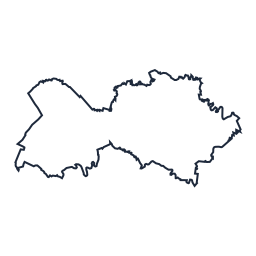 outline of Chinampa de Gorostiza, Veracruz, Mexico
{"feature_id": "50627088B51202553457733", "entity_name": "Chinampa de Gorostiza", "entity_type": "district", "adm_level": 2, "iso_a3": "MEX", "parent_name": "Mexico", "parent_adm1": "Veracruz", "projection": "robinson", "projection_center": [-97.667, 21.376], "detail": "fine", "context": "isolated", "style": "outline", "palette": "slate", "viewbox_px": 256, "rotation_deg": 0, "n_neighbors": 0, "source": "geoboundaries", "source_scale": "gbopen_adm2", "svg_char_len": 5796}
<svg xmlns="http://www.w3.org/2000/svg" viewBox="0 0 256 256"><path d="M212.9,156.5L211.7,156.2L212.1,157.1L211.3,155.8L211.3,154.8L213.2,152.1L213.3,149.0L213.8,147.7L214.4,147.1L215.6,146.8L218.9,146.7L221.2,147.2L222.2,146.9L229.6,140.4L228.9,140.1L229.4,139.6L229.7,139.3L230.5,139.6L231.3,138.8L229.6,138.1L229.7,137.8L231.6,138.3L232.2,135.1L233.8,135.5L233.3,132.5L236.4,133.8L237.9,132.2L236.2,131.5L236.2,129.8L240.1,131.7L239.6,130.8L240.6,129.4L236.8,120.9L239.2,118.2L237.0,116.2L234.6,115.0L234.0,114.5L233.6,113.0L233.1,112.6L232.1,112.8L231.7,114.4L230.6,116.2L227.7,117.0L223.8,119.3L222.8,118.6L222.3,116.7L222.5,108.2L222.1,107.3L221.0,106.8L220.3,107.0L218.7,109.4L217.9,109.4L217.7,109.8L218.0,111.4L217.0,112.1L215.9,111.9L215.8,111.3L216.7,109.9L216.5,108.1L215.3,107.3L212.8,110.1L211.5,110.3L210.8,109.7L210.3,107.5L213.0,105.1L213.3,104.3L212.9,103.1L211.8,103.8L210.6,103.9L209.6,104.7L209.4,105.5L208.7,105.4L208.2,103.9L208.6,102.8L208.5,101.0L208.9,100.3L208.5,99.7L208.0,100.0L207.4,99.1L206.8,99.4L206.7,100.5L206.2,100.5L206.2,100.0L205.8,99.9L204.0,100.0L204.2,101.1L203.9,101.7L201.9,100.8L202.1,99.4L200.2,99.5L199.6,98.9L198.8,94.6L201.0,94.7L200.3,91.9L200.9,91.5L200.8,90.7L199.7,88.8L199.9,86.9L201.0,83.7L201.9,83.2L200.8,82.4L199.5,79.6L200.5,78.5L199.6,78.4L197.5,79.5L197.0,79.3L197.5,78.5L197.2,77.8L196.0,77.5L195.4,79.7L193.7,79.9L193.3,79.7L194.1,78.8L192.9,78.2L192.3,77.0L192.6,76.6L191.3,75.2L191.2,76.2L190.4,77.3L190.2,79.2L189.3,79.4L188.9,79.2L188.3,76.2L187.8,75.5L187.1,75.7L185.6,74.9L185.1,75.4L184.7,77.0L183.2,78.7L182.7,78.5L182.2,77.5L181.4,77.7L180.8,77.5L180.8,76.8L179.3,76.7L178.4,78.9L176.2,80.0L174.7,80.0L170.9,77.6L170.6,76.3L166.1,73.2L163.3,72.9L160.4,73.9L160.0,72.5L158.5,73.1L157.5,71.7L154.8,70.1L150.7,71.7L149.1,72.9L149.8,74.8L150.3,75.2L150.6,76.8L151.8,78.6L154.5,79.6L153.8,80.9L152.6,81.4L152.0,80.1L151.4,79.9L150.4,82.0L150.8,83.9L150.0,84.8L149.0,85.1L147.2,84.7L146.5,85.9L144.3,84.6L143.0,84.5L142.3,83.9L141.4,84.3L140.2,84.3L140.8,83.0L140.2,82.7L140.3,81.7L140.0,81.5L139.5,81.5L138.5,82.5L138.0,84.1L137.3,84.4L137.3,85.2L136.9,85.3L136.3,84.1L135.9,84.3L135.8,84.9L134.0,85.3L133.0,84.6L132.3,85.1L131.7,84.1L130.7,84.0L130.7,83.6L131.3,83.0L131.9,82.9L132.0,82.4L131.9,81.3L130.8,81.6L131.1,80.4L129.7,81.1L127.3,81.2L125.9,84.5L124.3,83.2L124.2,83.8L123.4,84.0L122.5,83.4L120.8,85.5L117.9,86.0L117.5,87.5L117.0,87.7L117.1,86.9L116.1,86.5L114.6,87.6L114.5,89.3L113.9,89.9L114.3,90.5L115.5,89.8L116.1,90.8L116.8,91.3L116.6,93.4L117.1,93.7L117.3,94.7L116.5,96.1L114.9,96.8L115.0,97.9L115.5,98.4L115.4,100.2L114.5,99.2L113.8,99.4L112.9,101.5L112.9,101.9L112.2,101.9L111.7,102.7L110.8,105.9L110.9,107.8L110.4,107.5L110.1,108.6L110.9,108.8L110.6,109.3L111.3,109.5L111.2,110.1L110.3,109.8L110.0,110.2L110.3,110.9L109.6,110.9L109.6,110.5L108.7,109.7L103.4,108.1L102.6,110.8L99.7,109.9L99.5,110.9L98.0,109.9L97.1,110.9L96.8,110.6L96.8,109.9L94.6,110.3L94.3,109.0L93.9,108.8L92.4,109.6L80.5,95.9L79.7,97.1L69.9,87.0L69.0,87.0L66.0,84.4L65.2,83.9L62.6,84.1L62.2,82.9L62.8,81.2L62.6,80.7L60.1,81.1L59.6,79.8L58.5,80.1L57.1,79.7L56.4,78.9L53.7,78.5L52.2,79.0L51.7,80.4L51.2,80.5L50.8,80.0L49.1,79.5L48.7,80.2L47.7,80.3L47.6,80.6L47.0,80.6L46.4,79.8L45.9,79.9L44.8,81.9L44.8,81.1L43.4,80.9L43.8,81.7L43.3,82.5L42.9,82.0L41.5,81.8L40.9,81.3L39.5,82.1L38.3,84.7L36.4,85.4L36.0,86.2L33.0,88.2L32.8,88.8L30.3,91.5L28.2,93.3L34.9,104.0L37.8,107.9L42.0,115.3L38.3,119.4L32.2,124.7L29.0,129.3L25.8,132.7L25.2,134.5L25.5,135.1L22.4,139.9L17.6,144.0L22.8,146.4L24.4,147.4L24.4,147.9L23.8,149.8L20.7,149.4L15.4,162.4L15.8,162.8L15.6,165.1L15.9,166.4L16.5,166.9L17.5,169.4L18.5,170.6L18.8,169.7L18.0,168.9L17.8,168.0L23.0,166.5L23.6,164.0L24.6,161.9L33.8,166.3L35.2,165.5L37.2,165.4L37.8,165.8L41.3,168.9L41.2,169.8L43.4,171.1L44.2,172.0L44.3,172.9L46.0,174.1L47.9,176.9L48.7,177.1L50.0,175.4L51.5,176.4L52.8,175.6L55.9,176.1L57.1,175.2L57.8,176.3L59.9,176.9L62.0,178.2L63.4,175.4L63.5,174.1L62.0,171.8L62.5,170.8L64.0,170.1L66.5,168.0L71.2,167.0L71.9,166.9L74.0,168.2L75.9,168.4L76.8,167.5L76.1,165.5L75.3,164.8L76.1,164.2L78.6,164.4L80.7,165.8L81.5,167.1L83.7,173.1L83.8,174.5L85.5,176.1L86.0,176.1L87.1,175.4L87.3,174.8L87.0,171.9L86.3,169.7L86.3,167.9L86.8,167.5L87.8,167.6L89.8,168.6L91.3,168.1L92.2,165.3L91.7,163.4L92.4,162.1L93.1,161.9L94.2,163.0L94.0,165.0L94.2,165.8L95.3,166.5L96.5,166.1L96.9,163.8L98.5,159.6L98.7,156.1L98.3,155.5L98.4,154.8L98.0,154.6L97.9,152.0L97.4,149.7L101.7,148.0L102.4,148.7L103.7,147.1L110.3,144.1L110.1,142.2L111.8,144.1L112.3,145.7L115.0,148.3L117.7,148.8L119.8,147.6L120.3,148.1L120.3,149.0L121.7,149.4L122.9,150.4L123.5,150.3L123.0,149.7L123.1,149.4L124.2,149.4L125.0,150.2L124.7,151.4L125.0,151.8L126.2,151.6L127.5,152.0L128.2,151.3L129.1,151.3L128.8,152.2L129.1,152.8L130.4,152.9L131.0,152.6L131.5,152.9L131.2,154.3L133.5,155.3L134.4,157.2L135.0,157.3L135.0,156.4L135.8,156.6L136.6,159.8L137.1,159.4L136.9,158.6L137.2,158.4L137.9,158.5L140.1,163.1L141.6,165.0L141.8,165.6L140.7,168.4L141.6,168.5L144.8,166.6L144.9,164.7L145.3,164.3L146.1,163.9L147.9,164.5L148.8,164.3L151.5,161.5L152.8,161.1L156.0,163.3L159.2,164.1L161.4,165.8L163.2,165.9L165.2,167.7L168.5,169.7L171.9,169.6L172.4,170.1L172.4,170.9L170.5,173.5L170.5,174.7L171.2,174.9L173.0,173.6L174.7,173.7L175.6,175.0L175.7,178.2L175.9,178.3L177.7,177.5L178.5,178.3L180.5,179.3L180.5,180.1L186.8,180.2L186.4,181.8L186.9,182.5L188.4,183.2L188.9,183.0L190.1,179.6L191.5,179.8L192.0,180.2L192.5,182.4L194.6,185.9L197.0,183.1L196.7,182.8L197.8,173.9L195.0,173.6L195.7,168.8L196.9,169.0L197.1,168.7L196.1,167.4L197.0,166.5L196.9,165.9L195.5,163.7L198.8,161.2L205.1,161.9L205.4,161.6L205.1,160.3L206.0,161.7L206.7,162.0L209.8,161.9L212.2,158.8L212.4,157.8L212.9,158.2L212.9,156.5Z" fill="none" stroke="#1e293b" stroke-width="2"/></svg>